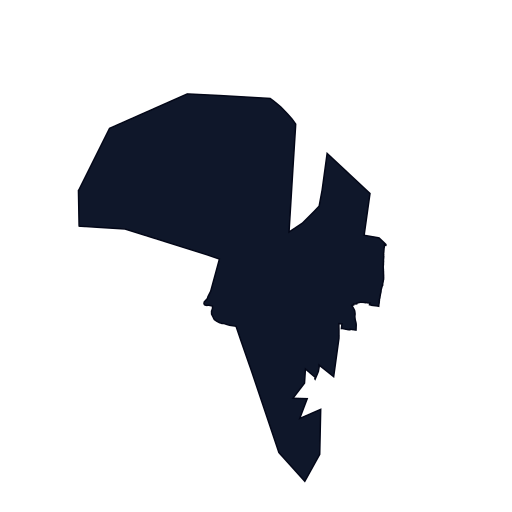 Al Amreia, Al Iskandariyah, Egypt, rotated 135°
{"feature_id": "37247803B92926604097979", "entity_name": "Al Amreia", "entity_type": "district", "adm_level": 2, "iso_a3": "EGY", "parent_name": "Egypt", "parent_adm1": "Al Iskandariyah", "projection": "natural_earth1", "projection_center": [29.737, 30.959], "detail": "fine", "context": "isolated", "style": "filled", "palette": "ink", "viewbox_px": 512, "rotation_deg": 135, "n_neighbors": 0, "source": "geoboundaries", "source_scale": "gbopen_adm2", "svg_char_len": 4873}
<svg xmlns="http://www.w3.org/2000/svg" viewBox="0 0 512 512"><g transform="rotate(135 256 256)"><path d="M343.6,171.6L359.7,139.2L378.8,100.8L380.8,62.2L351.2,70.7L318.7,101.8L340.0,110.2L320.7,118.9L330.5,129.3L311.6,131.8L300.9,141.2L299.9,128.2L300.1,128.0L301.2,127.6L301.3,127.1L296.3,129.1L293.5,130.3L289.8,132.9L288.5,134.3L288.4,133.1L287.8,128.3L286.4,115.8L279.9,120.7L255.5,139.2L254.4,140.3L253.8,140.8L253.2,141.5L249.3,145.4L247.2,147.6L245.2,149.6L244.3,148.4L243.2,147.2L246.4,144.7L246.9,144.3L246.8,144.2L246.7,144.2L246.1,143.5L245.1,142.0L244.2,140.6L244.0,140.4L243.2,139.1L242.9,138.7L242.5,138.2L241.7,137.4L241.2,137.7L240.8,137.2L240.1,136.2L239.8,135.8L239.6,135.4L239.3,135.2L238.8,134.4L238.1,133.5L237.7,132.9L237.3,133.2L235.6,134.8L235.1,135.3L234.7,135.6L233.8,136.5L233.2,137.2L232.4,138.3L232.1,138.8L231.6,139.7L230.7,141.1L230.4,141.5L230.2,141.7L230.0,142.0L229.6,142.5L229.4,142.7L229.2,143.0L228.9,143.3L228.6,143.6L227.1,144.8L226.9,145.0L226.0,146.1L225.7,146.5L225.4,146.9L225.3,147.0L225.0,147.5L224.8,147.8L224.3,149.3L223.9,150.6L223.5,152.3L223.3,153.4L223.2,153.4L222.4,152.9L222.0,152.6L221.5,152.3L220.8,153.0L218.6,150.9L217.9,151.3L217.3,151.0L214.8,149.4L212.5,146.9L211.9,145.9L211.7,146.1L211.3,145.6L210.8,144.8L210.0,143.7L208.7,142.1L209.0,141.9L210.2,141.3L209.4,140.0L209.0,139.2L207.8,137.7L205.8,135.2L204.8,133.7L204.6,133.9L204.6,134.0L204.2,134.2L204.0,134.3L203.9,134.4L203.9,134.5L203.7,134.6L203.3,134.9L203.0,135.3L202.9,135.3L202.7,135.3L201.9,136.0L201.6,136.1L201.3,136.5L200.9,136.8L200.7,136.9L200.6,137.0L200.4,137.2L200.3,137.3L200.2,137.3L200.0,137.5L199.9,137.6L199.8,137.8L199.7,137.8L199.5,138.0L199.3,138.1L199.0,138.3L198.7,138.4L198.5,138.5L198.3,138.7L197.8,139.1L197.6,139.2L197.5,139.3L197.3,139.3L197.2,139.5L196.9,139.7L196.6,139.9L196.4,140.0L196.1,140.2L195.5,140.7L195.3,140.8L195.1,141.0L194.7,141.2L194.5,141.3L194.4,141.4L193.8,141.8L193.6,141.9L193.4,142.0L193.2,142.1L193.0,142.3L192.8,142.4L192.4,142.8L191.8,143.3L191.5,143.5L191.4,143.6L191.0,143.9L190.8,144.0L190.7,144.1L190.4,144.2L190.3,144.3L190.1,144.4L189.8,144.5L189.7,144.6L189.4,144.8L188.9,145.0L188.5,145.3L188.2,145.4L187.8,145.6L187.5,145.7L187.4,145.7L187.2,145.7L187.0,145.8L187.1,146.0L186.4,146.6L186.2,146.7L186.1,146.8L185.8,147.0L185.6,147.1L184.9,147.5L184.6,147.8L184.2,148.0L183.9,148.2L183.4,148.6L183.2,148.7L183.0,148.9L182.7,149.1L182.4,149.2L182.1,149.4L181.9,149.6L181.7,149.9L181.3,150.2L181.0,150.5L180.9,150.7L180.7,150.8L180.6,151.0L180.4,151.2L180.2,151.3L180.1,151.5L179.9,151.7L179.7,151.8L179.2,152.4L179.0,152.6L178.9,152.7L178.8,152.8L178.6,153.0L178.1,153.6L177.9,153.8L177.6,154.1L177.5,154.3L177.3,154.4L177.2,154.5L176.9,154.9L176.7,155.0L176.5,155.3L176.3,155.5L176.0,155.9L175.7,156.2L175.4,156.4L175.3,156.6L175.2,156.7L175.1,156.8L174.8,157.2L174.5,157.5L174.3,157.7L174.2,157.8L174.0,158.1L173.8,158.3L173.7,158.5L173.3,158.7L173.0,159.0L172.9,159.1L172.4,159.5L172.0,159.9L171.9,159.9L171.8,160.1L171.7,160.3L171.4,160.4L171.3,160.5L171.2,160.7L171.1,160.8L170.7,161.0L170.5,161.3L170.3,161.5L170.0,161.7L169.5,162.2L169.4,162.2L169.2,162.5L168.9,162.8L168.8,163.0L168.7,163.1L168.5,163.3L168.3,163.4L168.1,163.5L167.3,164.2L167.2,164.3L166.7,164.7L166.6,164.8L166.2,165.1L166.0,165.3L165.8,165.6L165.6,165.9L165.4,166.1L165.2,166.3L165.0,166.5L164.9,166.6L164.7,166.7L164.7,166.8L164.6,167.0L164.4,167.2L163.9,167.6L163.8,167.8L163.7,167.8L163.3,168.1L163.2,168.2L163.0,168.3L162.9,168.4L162.8,168.5L162.6,168.7L162.3,168.9L162.0,169.2L161.5,169.6L161.3,169.8L161.1,170.0L160.9,170.1L160.3,170.7L160.0,170.9L159.8,171.0L159.1,171.5L158.8,171.8L158.5,172.0L158.4,172.1L158.1,172.2L158.0,172.3L157.7,172.3L157.4,172.3L157.2,172.2L157.0,172.3L157.0,172.5L157.3,173.2L156.7,173.6L156.5,173.0L156.4,173.1L156.2,172.8L156.2,172.7L156.2,172.4L156.3,172.3L156.4,172.2L156.5,172.1L156.8,171.8L156.9,171.6L157.0,171.6L157.2,171.4L156.8,171.6L156.2,172.1L156.0,172.3L156.0,172.5L156.0,172.8L156.3,173.4L156.4,173.7L156.0,173.8L156.2,181.8L164.9,194.2L131.2,219.6L133.2,278.2L162.7,255.8L176.1,246.6L183.6,246.4L199.8,246.4L215.7,249.6L164.7,294.7L137.0,319.1L134.7,321.2L133.7,327.3L133.3,333.8L133.1,343.7L133.5,348.5L134.0,353.3L134.6,357.4L167.7,394.6L190.0,419.2L269.3,449.8L334.1,428.1L335.2,427.9L359.5,402.7L359.9,402.1L329.6,367.8L289.8,291.6L284.0,279.7L313.0,263.1L316.7,261.9L318.8,261.2L320.4,260.3L325.1,260.1L325.8,259.6L326.5,259.1L326.9,257.9L326.5,257.0L325.9,256.0L324.3,254.7L322.8,252.4L322.5,252.0L322.2,251.4L322.8,250.7L323.3,250.2L323.8,249.7L326.0,248.6L326.4,248.5L328.5,246.3L329.7,242.6L330.0,241.9L330.4,240.5L329.9,237.7L329.2,235.4L328.9,234.5L328.2,233.3L327.9,232.5L326.4,230.9L325.9,230.0L325.2,228.5L323.6,225.6L320.6,221.6L319.8,220.4L326.6,206.6L337.3,184.5L339.1,180.7L343.6,171.6Z" fill="#0f172a" stroke="#020617" stroke-width="1.5"/></g></svg>